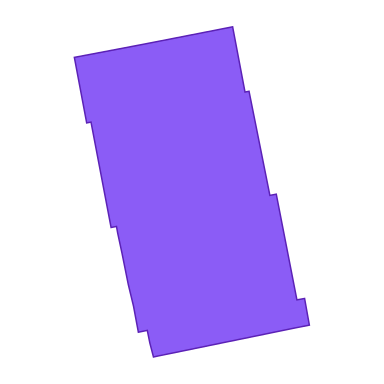 Sheridan, Nebraska, United States of America (Albers equal-area conic projection), rotated 349°
{"feature_id": "52423323B83294876539850", "entity_name": "Sheridan", "entity_type": "district", "adm_level": 2, "iso_a3": "USA", "parent_name": "United States of America", "parent_adm1": "Nebraska", "projection": "albers", "projection_center": [-102.456, 42.502], "detail": "fine", "context": "isolated", "style": "filled", "palette": "violet", "viewbox_px": 384, "rotation_deg": 349, "n_neighbors": 0, "source": "geoboundaries", "source_scale": "gbopen_adm2", "svg_char_len": 479}
<svg xmlns="http://www.w3.org/2000/svg" viewBox="0 0 384 384"><g transform="rotate(349 192 192)"><path d="M268.4,345.1L281.8,345.1L282.2,318.0L274.4,317.9L274.3,210.2L267.8,210.2L267.2,104.0L263.1,104.0L263.4,37.6L182.0,37.7L171.4,37.7L102.2,37.4L101.8,104.1L106.2,104.1L105.8,211.4L111.3,211.4L111.2,218.2L111.6,238.7L111.8,270.4L112.8,292.9L112.6,319.4L121.7,319.3L121.8,332.1L122.7,346.6L127.4,346.5L268.4,345.1Z" fill="#8b5cf6" stroke="#5b21b6" stroke-width="1.5"/></g></svg>